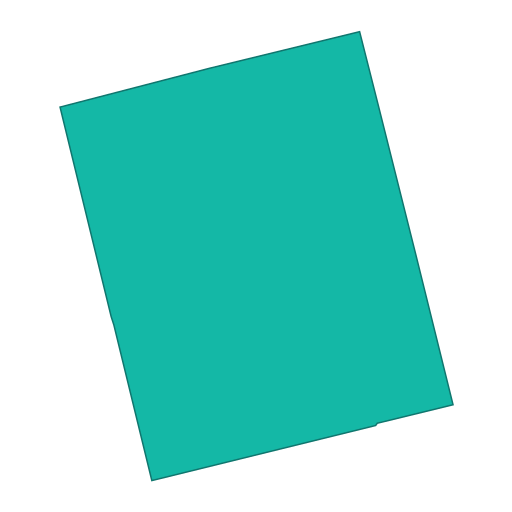 outline of Codington, South Dakota, United States of America, rotated 256°
{"feature_id": "52423323B33068047494681", "entity_name": "Codington", "entity_type": "district", "adm_level": 2, "iso_a3": "USA", "parent_name": "United States of America", "parent_adm1": "South Dakota", "projection": "albers", "projection_center": [-97.185, 44.978], "detail": "fine", "context": "isolated", "style": "filled", "palette": "teal", "viewbox_px": 512, "rotation_deg": 256, "n_neighbors": 0, "source": "geoboundaries", "source_scale": "gbopen_adm2", "svg_char_len": 311}
<svg xmlns="http://www.w3.org/2000/svg" viewBox="0 0 512 512"><g transform="rotate(256 256 256)"><path d="M449.4,256.8L447.9,101.9L232.2,100.8L223.5,101.4L63.3,100.6L62.6,331.1L64.4,333.2L64.0,411.2L217.9,411.4L371.7,411.1L448.6,410.8L449.4,256.8Z" fill="#14b8a6" stroke="#0f766e" stroke-width="1.5"/></g></svg>